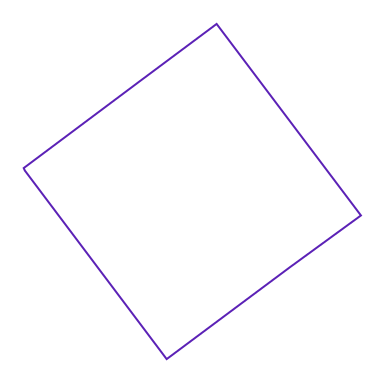 outline of Russell, Kansas, United States of America, rotated 233°
{"feature_id": "52423323B78124192101177", "entity_name": "Russell", "entity_type": "district", "adm_level": 2, "iso_a3": "USA", "parent_name": "United States of America", "parent_adm1": "Kansas", "projection": "mercator", "projection_center": [-98.732, 38.915], "detail": "fine", "context": "isolated", "style": "outline", "palette": "violet", "viewbox_px": 384, "rotation_deg": 233, "n_neighbors": 0, "source": "geoboundaries", "source_scale": "gbopen_adm2", "svg_char_len": 266}
<svg xmlns="http://www.w3.org/2000/svg" viewBox="0 0 384 384"><g transform="rotate(233 192 192)"><path d="M309.7,71.4L73.8,71.2L73.0,224.8L71.6,312.8L75.7,312.8L311.4,312.8L311.9,216.6L312.4,72.0L309.7,71.4Z" fill="none" stroke="#5b21b6" stroke-width="2"/></g></svg>